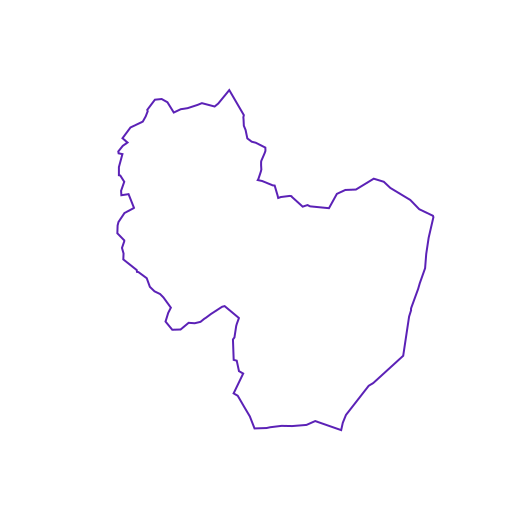 the district of Gboko, Benue, Nigeria, rotated 217°
{"feature_id": "59680162B69095881694103", "entity_name": "Gboko", "entity_type": "district", "adm_level": 2, "iso_a3": "NGA", "parent_name": "Nigeria", "parent_adm1": "Benue", "projection": "robinson", "projection_center": [8.956, 7.369], "detail": "fine", "context": "isolated", "style": "outline", "palette": "violet", "viewbox_px": 512, "rotation_deg": 217, "n_neighbors": 0, "source": "geoboundaries", "source_scale": "gbopen_adm2", "svg_char_len": 1898}
<svg xmlns="http://www.w3.org/2000/svg" viewBox="0 0 512 512"><g transform="rotate(217 256 256)"><path d="M377.2,372.4L377.9,355.0L379.0,350.5L391.2,345.5L393.6,341.5L399.6,332.9L402.5,329.9L404.4,328.0L408.0,321.1L419.3,325.5L425.8,324.6L430.8,320.0L430.8,307.3L429.6,306.4L428.1,301.1L427.3,295.2L433.6,283.1L433.5,269.7L426.9,269.3L428.7,263.8L428.9,256.6L427.5,255.3L424.0,257.0L419.0,244.5L414.1,238.0L412.8,238.6L405.9,236.0L403.0,226.9L400.1,223.5L395.0,228.7L382.4,221.0L382.4,220.8L386.9,211.2L386.3,200.4L384.9,197.1L380.4,190.7L370.6,189.2L370.0,188.3L367.9,181.8L363.3,178.3L359.9,173.4L342.8,173.0L341.5,171.7L340.2,172.4L329.9,172.5L322.2,167.5L315.8,166.7L309.7,167.9L305.0,167.2L292.9,163.5L291.9,157.8L288.8,149.2L278.5,146.7L272.0,151.9L269.6,162.1L264.5,165.4L260.7,170.0L259.5,174.8L258.9,176.3L257.9,179.7L257.1,182.5L252.5,195.1L250.9,197.1L232.4,196.2L232.2,195.9L230.5,190.3L229.7,188.2L224.2,178.0L224.2,175.5L211.3,159.6L208.4,160.8L200.3,153.8L195.5,154.4L191.2,132.8L186.5,133.4L174.4,128.3L164.4,124.2L153.4,117.4L144.0,125.0L141.6,127.8L133.4,135.7L124.7,142.0L114.0,151.5L109.4,159.8L83.2,168.2L86.3,175.0L88.5,183.2L87.9,220.2L85.9,225.1L78.4,264.9L97.3,299.8L99.5,306.0L100.4,307.0L100.9,308.3L106.7,327.3L108.8,332.8L113.6,348.0L121.3,360.1L129.1,374.5L137.7,393.8L138.9,394.6L153.8,391.6L166.5,393.6L189.7,391.2L198.6,392.2L208.5,388.6L216.2,369.2L224.4,362.5L228.8,354.3L226.5,338.1L242.7,328.2L245.6,327.6L248.4,323.5L262.9,324.8L263.7,325.1L265.2,324.3L271.7,318.0L273.2,315.7L275.3,317.4L283.5,323.5L285.1,322.5L296.2,319.6L300.3,317.7L300.5,319.1L302.3,324.5L303.0,326.5L303.8,328.3L306.6,331.6L308.6,334.3L309.1,335.4L309.8,338.4L311.0,343.3L311.4,344.6L311.7,345.5L312.3,346.4L313.8,348.2L324.4,346.3L328.2,344.7L333.7,344.7L340.2,350.4L344.1,352.7L347.9,357.3L349.6,359.2L350.5,361.2L377.2,372.4Z" fill="none" stroke="#5b21b6" stroke-width="2"/></g></svg>